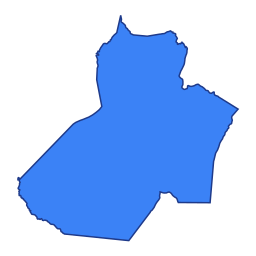 Silca, Olancho, Honduras
{"feature_id": "27666195B60662999354453", "entity_name": "Silca", "entity_type": "district", "adm_level": 2, "iso_a3": "HND", "parent_name": "Honduras", "parent_adm1": "Olancho", "projection": "robinson", "projection_center": [-86.53, 14.775], "detail": "fine", "context": "isolated", "style": "filled", "palette": "blue", "viewbox_px": 256, "rotation_deg": 0, "n_neighbors": 0, "source": "geoboundaries", "source_scale": "gbopen_adm2", "svg_char_len": 5591}
<svg xmlns="http://www.w3.org/2000/svg" viewBox="0 0 256 256"><path d="M238.1,109.1L218.6,97.0L218.4,96.7L217.8,96.2L215.6,95.5L215.1,95.3L214.7,94.8L214.3,94.1L214.2,93.5L214.2,92.3L214.1,92.1L213.7,92.0L213.1,92.2L211.4,93.3L210.5,93.2L209.7,92.9L209.3,92.6L208.9,92.0L208.1,90.8L207.3,90.5L206.4,90.4L205.8,90.2L205.5,89.9L204.6,88.7L204.0,88.2L202.2,86.8L200.6,86.1L199.5,85.3L199.0,84.8L198.0,84.2L196.2,84.6L194.4,85.6L193.6,85.9L192.0,86.3L191.2,86.4L190.3,86.3L189.8,86.2L188.5,85.6L187.9,85.7L187.6,86.0L187.5,87.3L187.2,88.4L187.1,88.6L186.9,88.7L186.6,88.7L186.1,88.8L185.5,89.2L185.0,89.3L184.2,89.4L183.8,89.3L183.1,88.8L182.0,87.8L181.9,87.4L181.9,86.9L182.1,86.2L182.8,84.8L182.9,84.2L182.9,81.4L182.7,80.1L182.6,79.5L182.4,79.2L180.7,78.1L179.8,77.2L179.2,76.3L179.1,76.0L179.1,75.8L180.9,70.8L181.6,69.7L183.4,66.0L183.9,64.9L184.3,63.8L184.5,62.6L184.8,60.5L184.9,59.5L184.9,58.4L185.2,58.0L185.3,57.3L185.5,56.7L185.8,55.8L186.1,54.9L186.5,54.1L186.7,53.3L186.9,52.5L187.0,50.3L187.3,49.1L187.3,48.7L187.2,48.3L186.7,47.4L185.9,46.6L185.7,46.6L185.6,47.4L185.5,47.5L185.4,47.5L184.9,46.4L183.7,43.9L183.3,43.4L183.0,43.2L182.9,43.2L182.6,43.3L182.4,43.2L182.3,42.9L182.2,42.5L182.1,42.3L181.9,42.3L181.9,42.7L181.8,42.8L181.0,43.1L180.9,43.5L180.6,43.8L180.3,43.8L179.9,43.6L179.5,43.6L179.1,43.7L178.0,44.3L177.7,44.3L177.5,44.1L177.4,44.0L177.6,43.5L177.5,43.2L177.3,42.9L176.2,42.1L176.1,41.9L176.1,41.7L176.1,41.4L176.3,41.0L176.4,40.1L176.7,39.5L177.2,38.8L177.3,38.3L176.9,37.7L176.6,37.1L175.5,35.5L175.5,35.2L175.6,34.8L175.7,34.2L175.6,33.9L175.4,33.8L175.0,33.5L174.3,33.3L173.5,33.1L173.0,33.0L172.9,32.9L172.9,32.1L171.7,31.9L171.4,31.7L170.8,31.0L170.6,30.9L170.2,31.1L169.4,31.2L169.0,31.5L167.1,31.9L164.9,33.3L164.2,33.6L162.7,33.7L160.5,34.1L159.4,34.2L147.3,36.2L133.2,34.9L132.9,34.7L132.7,34.5L132.5,34.4L131.2,34.0L130.6,33.4L130.4,33.3L130.1,32.4L130.1,32.1L130.1,31.9L129.9,31.5L129.5,31.2L128.9,30.7L128.5,30.3L127.9,29.7L127.3,28.6L126.1,27.8L125.9,27.5L125.6,26.9L125.4,25.7L125.1,25.1L123.4,23.5L122.5,22.8L121.6,22.3L121.3,22.0L121.2,21.7L121.1,21.4L121.5,19.6L121.4,18.9L121.3,18.1L121.0,17.3L120.9,16.2L120.7,15.4L117.0,31.6L117.0,32.1L116.9,32.4L116.3,33.2L115.3,34.1L114.3,34.9L112.4,37.0L111.7,38.2L111.1,39.7L110.9,39.8L110.6,39.8L110.4,39.9L110.1,41.0L109.7,41.6L109.1,41.7L108.9,41.7L107.7,43.1L107.3,43.5L106.9,43.7L106.5,43.7L105.7,43.5L104.7,43.4L103.9,43.6L103.3,44.0L102.4,45.4L100.8,47.6L99.5,50.1L99.3,50.7L99.4,51.4L99.3,51.6L99.1,51.7L98.3,51.3L98.0,51.3L97.4,52.8L97.0,53.1L96.7,53.4L97.7,53.7L98.2,54.0L98.6,54.6L98.6,54.9L98.6,55.1L98.4,55.2L97.6,55.0L96.3,55.2L96.2,55.3L96.2,55.6L96.3,56.1L97.1,57.8L97.5,59.4L97.6,60.1L97.3,61.2L97.1,61.9L97.3,63.1L97.8,64.5L98.0,65.3L98.0,65.9L97.9,66.5L97.2,68.3L97.2,69.7L96.7,79.6L101.8,106.4L101.6,106.8L99.5,109.5L98.5,110.4L96.1,112.4L92.5,115.0L88.6,117.2L87.0,117.8L83.4,119.3L81.7,119.9L80.3,120.4L76.0,122.3L74.9,123.0L73.2,124.2L19.5,179.6L19.0,177.8L18.6,177.6L18.3,177.7L18.2,177.8L18.0,178.4L17.9,179.2L18.0,179.9L18.7,179.9L19.0,179.9L19.1,180.1L19.3,180.4L19.5,181.5L20.0,182.1L20.1,182.3L20.0,182.6L19.7,183.0L19.5,183.4L19.6,184.2L19.4,185.3L18.7,187.1L18.3,187.7L18.2,188.2L18.2,188.6L18.4,188.9L19.0,189.4L19.7,189.7L19.8,189.9L19.6,190.4L19.1,191.0L18.9,191.4L19.0,191.6L19.2,191.9L19.2,192.5L19.0,193.5L19.2,195.2L19.2,195.5L19.3,195.6L20.5,195.5L20.9,196.0L21.1,197.4L21.2,197.6L21.4,197.8L21.8,197.7L22.1,197.9L22.2,198.1L22.3,198.5L22.7,198.7L23.1,198.6L23.3,198.8L23.5,199.0L23.7,199.7L24.4,200.3L25.2,201.2L26.8,203.1L27.0,203.5L26.7,204.5L26.7,204.9L26.7,205.3L26.9,205.8L27.7,206.8L27.8,207.5L28.2,208.2L29.1,208.8L29.3,209.0L29.4,209.4L29.3,210.0L30.1,210.5L30.6,210.7L30.7,210.8L30.6,211.0L30.2,211.4L30.1,211.5L30.5,212.2L31.3,213.4L31.5,213.9L31.7,214.1L32.0,214.3L32.8,214.4L34.4,214.7L35.1,215.1L35.6,215.5L36.1,216.2L36.7,216.8L36.9,217.1L37.0,217.3L37.2,218.6L37.7,219.1L38.1,219.1L38.8,218.9L39.2,218.9L39.4,219.0L39.7,219.3L40.1,219.4L40.4,219.3L41.0,218.8L41.3,218.7L41.6,218.7L42.0,219.3L42.3,219.8L42.4,220.1L42.5,220.3L43.5,220.5L44.3,220.2L45.0,220.1L45.5,220.3L46.0,220.3L46.3,220.6L46.8,220.6L47.2,220.8L47.4,221.3L47.6,221.6L48.0,221.8L48.6,222.1L49.2,222.6L50.1,223.6L50.8,224.1L51.5,224.3L53.0,224.4L54.0,224.8L54.3,225.1L54.9,225.9L55.3,226.1L56.3,227.5L57.5,228.6L57.8,228.7L58.2,228.8L59.8,228.8L60.1,228.9L60.7,230.0L60.9,231.0L61.1,231.6L61.6,231.9L62.2,232.2L62.9,233.1L64.0,233.6L64.1,233.8L64.4,234.0L128.8,240.6L149.8,212.8L150.1,212.5L150.4,211.7L150.6,211.4L151.0,210.9L151.8,210.4L152.3,209.9L154.1,207.4L155.1,205.2L156.0,203.5L157.3,201.6L158.6,200.0L159.1,199.2L159.7,198.1L159.8,197.4L159.6,196.4L159.6,195.5L159.7,194.8L159.9,194.2L160.1,192.8L160.1,191.9L163.0,192.8L164.3,193.0L166.4,192.9L168.1,192.2L168.7,192.1L169.3,192.1L169.8,192.3L170.3,192.6L171.4,193.5L172.4,195.0L173.0,195.7L174.6,197.0L176.0,197.7L176.2,198.0L176.8,198.6L177.1,199.3L177.3,199.8L177.8,201.5L178.3,202.5L210.1,202.7L213.6,161.3L214.1,159.6L215.6,153.3L216.1,152.3L217.5,150.0L217.7,149.6L218.1,148.4L218.7,147.0L219.8,143.2L220.9,141.2L222.0,139.5L222.5,138.9L223.0,137.2L223.4,136.6L223.8,135.9L224.4,135.3L224.6,135.0L224.9,134.1L225.1,132.8L225.2,132.5L225.4,132.2L226.9,130.6L227.1,130.3L227.3,129.7L227.6,129.1L227.9,128.7L228.5,128.3L228.7,128.0L228.8,127.5L228.4,126.4L228.4,126.2L230.0,124.3L230.2,124.2L231.1,123.9L231.4,123.7L231.6,123.4L231.7,122.9L231.8,122.1L232.2,120.6L232.3,120.2L232.2,119.8L231.8,118.5L231.7,117.6L231.7,117.1L231.9,116.3L232.2,115.9L238.1,109.1Z" fill="#3b82f6" stroke="#1e3a8a" stroke-width="1.5"/></svg>